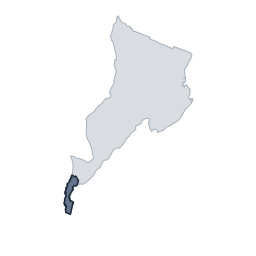 Logone-Et-Chari, Extrême-Nord, Cameroon shown in context, rotated 201°
{"feature_id": "32672807B53801841297301", "entity_name": "Logone-Et-Chari", "entity_type": "district", "adm_level": 2, "iso_a3": "CMR", "parent_name": "Cameroon", "parent_adm1": "Extrême-Nord", "projection": "equal_earth", "projection_center": [14.713, 12.015], "detail": "fine", "context": "in_parent", "style": "filled", "palette": "slate", "viewbox_px": 256, "rotation_deg": 201, "n_neighbors": 0, "source": "geoboundaries", "source_scale": "gbopen_adm2", "svg_char_len": 7115}
<svg xmlns="http://www.w3.org/2000/svg" viewBox="0 0 256 256"><g transform="rotate(201 128 128)"><path d="M77.7,174.3L78.1,172.9L81.0,166.4L82.8,156.1L83.6,153.6L84.4,152.0L88.6,146.5L90.2,144.7L92.4,142.7L94.0,138.6L94.5,138.2L95.2,137.9L98.8,134.4L99.1,135.1L99.4,135.9L99.6,136.3L100.8,136.6L102.4,136.5L103.3,136.3L103.8,135.6L104.3,133.7L104.6,133.3L104.9,133.2L106.7,134.6L109.5,138.3L110.2,139.0L110.5,139.7L111.2,143.2L111.5,144.0L112.1,144.4L113.2,144.1L114.4,143.5L115.4,142.7L116.4,141.5L117.1,140.5L117.4,139.7L117.5,136.9L117.8,136.3L121.5,132.3L121.4,131.9L120.8,130.8L120.3,129.5L120.8,128.2L121.4,127.2L123.6,123.9L123.7,121.4L125.4,117.6L126.4,112.6L126.5,111.6L128.7,106.0L131.1,105.5L132.0,104.7L133.0,103.4L133.7,102.1L134.0,100.9L134.3,98.5L134.7,95.8L135.0,93.5L135.7,91.3L136.8,90.2L138.9,89.3L139.2,88.9L139.5,87.4L139.8,82.6L140.2,80.5L142.1,78.1L142.9,74.3L143.7,70.4L145.8,65.7L148.4,61.0L149.5,59.7L150.5,59.1L151.7,59.0L152.4,58.7L155.2,56.4L156.3,55.6L157.1,54.7L157.3,54.0L157.4,53.0L157.2,50.6L157.6,48.8L157.9,46.0L158.0,43.9L157.9,43.1L157.4,41.9L156.6,40.5L155.2,39.7L153.4,39.5L152.4,39.0L152.0,36.5L151.9,35.0L150.6,26.8L153.0,26.8L155.9,27.8L156.6,28.5L156.9,31.3L158.0,32.9L159.8,34.2L160.9,36.9L161.3,41.0L162.3,43.5L162.6,43.9L164.0,48.5L164.1,50.6L163.9,52.1L164.5,53.9L163.6,56.9L163.4,58.8L163.3,61.4L163.8,66.1L164.6,69.7L165.6,72.6L166.5,74.8L168.2,77.3L169.9,79.6L171.5,81.0L170.0,81.8L167.1,81.9L165.5,81.5L164.7,81.4L163.9,81.7L160.8,82.2L157.6,82.0L154.7,81.4L153.0,81.5L151.6,82.9L150.5,85.0L149.5,86.6L149.8,88.4L150.6,89.4L152.1,91.6L153.4,93.8L154.1,95.2L156.8,98.4L159.4,101.2L160.6,102.2L161.1,102.4L162.5,104.0L164.5,106.7L166.2,110.9L168.8,119.2L169.3,119.9L170.2,120.4L170.3,121.2L170.2,122.6L169.9,123.6L167.9,128.0L166.2,129.7L165.7,130.7L165.0,133.2L163.4,138.2L162.7,138.9L161.1,142.3L159.8,146.5L159.5,147.2L159.0,147.7L157.1,148.8L156.5,149.3L155.5,150.6L155.4,151.5L155.8,152.7L156.4,153.6L157.3,153.6L157.9,154.6L157.9,161.1L157.4,162.1L157.4,162.6L157.2,163.7L157.2,165.0L157.3,165.5L157.7,165.9L158.2,166.8L158.5,168.8L159.1,175.9L159.4,177.0L159.9,177.8L161.5,179.4L163.2,181.4L163.8,182.7L164.1,184.9L164.7,186.5L164.7,187.1L164.5,187.3L163.4,187.5L163.8,188.7L164.6,190.9L169.0,197.5L173.2,203.3L174.2,203.8L174.9,203.9L175.2,204.3L175.6,205.1L177.0,207.2L177.3,208.5L177.0,209.7L177.3,211.5L177.5,212.2L177.4,212.8L177.6,215.0L178.0,217.0L178.6,218.6L178.5,219.8L177.7,220.5L177.2,221.5L177.1,223.1L177.3,224.9L178.0,227.1L178.0,228.4L177.0,229.2L175.9,227.7L174.6,226.7L172.8,225.0L170.9,224.3L168.5,224.2L167.4,224.4L165.6,223.0L165.1,222.8L164.3,223.4L163.7,223.4L163.0,223.2L161.6,223.2L161.5,222.2L161.3,222.0L159.8,222.1L159.3,221.3L159.1,221.4L158.6,221.1L157.4,219.9L156.1,220.7L153.5,220.6L140.3,220.6L140.0,219.4L139.4,218.9L138.2,218.8L134.7,219.0L132.0,218.9L130.2,218.4L128.0,218.2L125.2,218.4L122.4,218.4L117.4,218.1L114.6,218.1L114.6,218.8L114.5,219.3L114.3,220.5L96.5,220.5L95.0,219.6L94.6,219.1L94.4,218.1L94.1,218.0L94.4,213.8L95.0,210.3L95.2,207.1L96.1,204.2L95.6,201.3L95.1,200.1L92.4,196.0L93.7,194.5L92.0,194.7L91.7,193.2L90.9,191.4L91.4,191.1L91.8,190.1L93.3,190.4L93.3,189.9L92.0,188.4L92.1,187.6L92.7,186.8L92.4,186.4L91.5,187.3L90.8,187.3L90.3,186.7L89.9,186.6L90.2,187.8L89.7,188.8L89.2,189.2L88.3,189.1L87.7,188.8L87.5,188.3L86.8,187.8L85.0,187.0L83.5,186.1L83.2,183.7L82.7,182.6L82.4,181.4L82.3,180.0L82.5,177.9L82.1,177.6L81.7,177.5L81.0,177.6L80.4,177.4L79.7,176.3L79.1,175.8L79.5,178.0L79.0,178.6L77.9,178.4L77.5,177.6L77.4,177.0L77.9,174.4L77.7,174.3Z" fill="#d9dde1" stroke="#a8b0b8" stroke-width="1"/><path d="M159.7,64.3L160.1,63.3L160.6,63.2L161.6,63.6L162.5,64.1L163.6,63.5L163.6,63.3L163.5,63.2L163.6,62.8L163.5,62.5L163.5,62.4L163.4,62.2L163.5,62.0L163.5,61.9L163.4,61.9L163.4,61.6L163.4,61.4L163.4,61.1L163.2,61.1L163.3,61.0L163.4,60.8L163.4,60.7L163.4,60.4L163.4,60.2L163.3,59.9L163.4,59.7L163.4,59.4L163.5,59.3L163.4,59.3L163.3,59.1L163.3,58.7L163.3,58.4L163.3,58.1L163.5,58.0L163.6,57.9L163.5,57.7L163.6,57.4L163.6,57.2L163.8,57.0L163.8,56.9L163.7,56.4L163.7,56.2L163.8,56.0L163.8,55.8L163.9,55.6L164.0,55.5L164.1,55.2L164.2,54.9L164.3,54.9L164.3,54.7L164.7,54.4L164.8,53.9L164.8,53.6L164.7,53.5L164.6,53.4L164.3,53.2L164.2,53.2L164.3,52.9L164.2,52.7L164.1,52.3L164.0,52.2L164.0,51.8L163.9,51.7L163.9,51.4L163.9,51.2L163.8,50.9L163.8,50.6L164.0,50.5L164.3,50.5L164.2,50.2L164.0,49.9L164.3,49.8L164.4,49.7L164.5,49.4L164.4,49.3L164.2,49.1L164.2,48.9L164.1,48.7L164.0,48.4L163.9,48.2L163.9,48.3L163.9,48.5L163.7,48.5L163.6,48.4L163.5,47.9L163.5,47.7L163.5,47.4L163.7,47.2L163.7,46.8L163.6,46.5L163.6,46.4L163.8,46.3L164.0,46.2L164.0,45.9L163.9,45.8L163.7,45.7L163.5,45.4L163.4,45.4L163.5,45.3L163.7,45.0L163.6,44.7L163.4,44.6L163.4,44.2L163.3,43.9L163.0,43.8L162.9,43.8L162.8,44.1L162.7,44.1L162.3,44.1L162.2,43.9L161.6,43.1L161.5,42.9L161.7,42.7L161.6,42.2L161.7,41.9L161.6,41.6L161.7,41.0L161.6,40.4L161.7,40.1L161.7,39.9L161.7,39.1L161.6,38.7L161.4,38.3L161.4,38.0L161.3,37.7L161.2,37.6L161.1,37.8L160.9,37.7L161.0,37.2L161.0,36.9L161.0,36.7L161.0,36.4L161.0,36.1L161.0,35.8L160.8,35.5L160.8,35.2L160.7,34.8L160.7,34.7L160.2,34.7L159.9,34.7L159.8,34.1L159.7,33.9L159.7,33.7L159.4,33.8L159.4,34.1L159.2,34.2L159.0,33.8L159.2,33.5L159.3,33.3L159.2,33.1L158.8,33.1L158.5,33.1L158.4,33.0L158.1,32.7L157.9,32.8L157.9,32.6L158.0,32.4L158.0,32.2L157.9,32.2L157.7,32.6L157.4,32.4L157.4,32.1L157.2,32.1L157.0,31.9L157.0,31.7L157.2,31.2L157.2,30.6L157.1,30.3L157.1,30.2L157.3,30.1L157.2,29.9L157.2,29.7L157.0,29.4L157.1,29.2L156.9,28.9L156.8,28.7L156.2,27.7L155.8,26.8L150.9,26.8L151.1,28.2L151.1,28.3L151.2,28.5L151.3,29.9L151.4,30.1L151.4,30.5L151.5,31.2L151.7,32.5L151.8,33.0L152.0,35.1L152.1,35.7L152.1,36.0L152.2,36.4L152.3,36.6L152.4,36.8L152.3,37.0L152.2,37.3L152.1,37.5L152.1,37.8L152.3,37.9L152.4,38.0L152.2,38.3L152.1,38.5L152.3,38.7L152.4,39.0L152.6,39.2L152.7,39.3L153.1,39.3L153.3,39.3L153.5,39.3L153.6,39.6L153.6,39.4L153.8,39.5L154.1,39.3L154.4,39.4L154.6,39.4L154.8,39.5L155.1,39.4L155.3,39.5L155.4,39.4L155.5,39.4L155.6,39.5L155.8,39.5L156.0,39.6L156.2,39.8L156.3,39.8L156.3,40.0L156.6,40.1L156.7,40.3L156.6,40.5L156.9,40.8L157.0,40.9L157.0,41.1L157.1,41.4L157.1,41.5L157.3,41.8L157.6,41.9L157.6,42.0L157.8,42.3L157.7,42.4L157.9,42.5L158.0,42.6L158.2,42.4L158.3,42.5L158.4,42.3L158.5,42.5L158.7,42.9L158.7,43.0L158.4,43.4L158.4,43.5L158.3,43.9L158.2,44.1L158.2,44.4L158.3,44.6L158.3,44.8L158.1,44.9L158.0,45.0L157.9,45.3L158.0,45.5L158.3,46.2L158.3,46.3L158.4,46.5L158.3,46.8L158.2,47.0L158.2,47.4L158.2,47.5L157.9,47.8L157.8,48.1L157.7,48.2L157.7,48.3L157.8,48.3L157.7,48.6L157.8,49.0L157.7,49.2L157.7,49.4L157.8,49.7L157.8,49.8L157.6,50.0L157.4,50.2L157.3,50.4L157.1,50.5L157.0,50.8L157.2,51.1L157.3,51.2L157.6,51.4L157.7,51.6L157.9,51.8L158.1,51.9L158.1,52.1L158.2,52.5L158.3,52.7L158.3,52.8L158.2,53.2L158.2,53.6L158.2,53.9L158.1,54.1L157.9,54.4L157.3,54.6L156.5,55.1L155.9,55.2L155.7,55.3L155.6,55.8L155.5,56.0L155.3,56.2L155.2,56.2L155.3,57.3L155.1,58.4L155.1,59.3L155.4,60.9L155.6,61.5L156.1,61.4L158.6,63.9L159.7,64.3Z" fill="#64748b" stroke="#1e293b" stroke-width="1.5"/></g></svg>